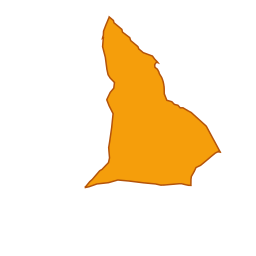 Ar Reif Ash Shargi, South Kordufan, Sudan (Mercator projection), rotated 40°
{"feature_id": "16777658B25449953916595", "entity_name": "Ar Reif Ash Shargi", "entity_type": "district", "adm_level": 2, "iso_a3": "SDN", "parent_name": "Sudan", "parent_adm1": "South Kordufan", "projection": "mercator", "projection_center": [29.773, 11.191], "detail": "fine", "context": "isolated", "style": "filled", "palette": "amber", "viewbox_px": 256, "rotation_deg": 40, "n_neighbors": 0, "source": "geoboundaries", "source_scale": "gbopen_adm2", "svg_char_len": 1843}
<svg xmlns="http://www.w3.org/2000/svg" viewBox="0 0 256 256"><g transform="rotate(40 128 128)"><path d="M50.7,75.5L50.9,74.6L51.0,74.5L51.3,75.0L53.4,78.0L56.3,82.1L56.5,82.2L65.3,88.5L65.5,88.7L74.1,96.6L78.5,100.0L82.3,101.2L88.3,101.8L88.4,102.0L88.5,102.0L91.5,106.6L91.5,106.8L91.5,112.2L93.4,119.5L93.6,119.6L93.7,120.1L99.2,123.1L107.4,126.6L107.5,126.8L115.3,138.3L122.2,149.4L125.5,154.9L125.6,155.2L128.3,158.0L133.1,162.8L135.3,167.1L134.8,175.1L134.8,175.5L134.8,176.1L133.9,178.7L133.9,178.8L133.8,179.4L133.7,190.2L133.2,193.7L133.3,200.5L133.2,200.6L133.6,201.0L136.0,197.9L139.0,192.8L140.1,190.9L148.2,182.4L153.6,174.4L162.8,168.0L175.3,159.9L185.0,153.2L189.8,150.7L192.4,148.4L202.7,138.1L204.9,136.2L208.2,134.6L211.2,133.0L213.1,131.5L212.7,131.1L209.2,126.8L207.7,124.4L207.6,123.9L206.6,118.6L205.5,114.6L207.6,109.9L208.9,102.8L210.0,96.3L211.0,91.0L212.1,88.5L213.2,87.8L213.5,87.6L213.2,87.5L213.7,87.3L213.5,87.2L213.8,87.0L213.2,86.8L203.2,82.8L200.1,81.6L186.8,76.3L166.5,75.5L162.6,76.3L157.1,77.2L155.0,79.0L151.6,78.5L148.4,80.1L144.7,79.7L139.9,81.8L134.0,78.6L133.9,78.6L133.8,78.4L133.4,78.0L132.4,76.9L131.2,75.5L130.5,74.7L129.0,73.1L128.6,72.8L127.6,71.9L127.4,71.7L126.9,71.3L125.4,70.1L123.7,69.0L121.6,67.8L120.8,67.5L117.5,66.4L116.9,66.1L115.5,65.2L113.7,64.5L112.7,64.1L112.4,64.1L109.6,64.2L107.8,62.4L107.7,62.2L107.5,59.8L107.5,59.4L107.9,59.2L108.6,58.8L108.9,58.7L108.5,58.6L104.1,58.1L100.6,57.2L100.4,57.2L97.1,58.4L91.2,60.5L90.9,60.5L85.4,60.5L83.3,59.3L73.9,59.3L71.1,57.6L70.7,57.7L62.2,58.1L59.9,56.4L49.6,56.4L47.7,55.0L44.3,55.0L42.2,55.0L42.3,55.2L42.4,55.3L43.0,57.4L43.8,59.9L44.1,60.8L44.4,61.9L44.8,63.1L44.9,63.5L47.0,69.5L47.5,70.2L47.6,70.3L49.5,72.8L49.9,73.8L50.2,74.5L50.3,74.7L50.4,74.9L50.6,75.3L50.7,75.5Z" fill="#f59e0b" stroke="#b45309" stroke-width="1.5"/></g></svg>